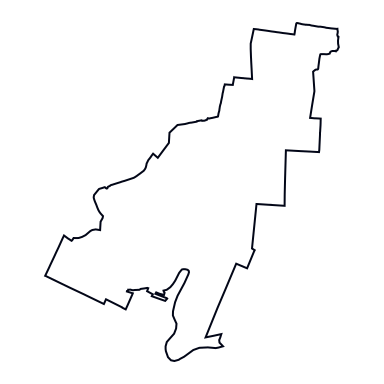 Independenta, Galati, Romania
{"feature_id": "2599482B33711175707299", "entity_name": "Independenta", "entity_type": "district", "adm_level": 2, "iso_a3": "ROU", "parent_name": "Romania", "parent_adm1": "Galati", "projection": "orthographic", "projection_center": [27.763, 45.478], "detail": "fine", "context": "isolated", "style": "outline", "palette": "ink", "viewbox_px": 384, "rotation_deg": 0, "n_neighbors": 0, "source": "geoboundaries", "source_scale": "gbopen_adm2", "svg_char_len": 5279}
<svg xmlns="http://www.w3.org/2000/svg" viewBox="0 0 384 384"><path d="M337.4,28.8L336.7,28.9L335.7,28.8L331.3,28.4L328.3,28.0L326.4,27.8L325.6,27.6L325.0,27.4L323.3,27.1L320.5,26.7L318.5,26.7L314.0,25.9L313.5,25.8L311.4,25.5L310.4,25.2L309.4,24.9L308.5,24.9L306.2,24.7L305.9,24.8L305.7,24.7L303.3,24.4L301.1,24.0L301.0,23.9L300.4,23.7L298.8,23.4L298.3,23.2L298.2,23.2L297.0,23.0L296.7,23.1L296.3,23.5L295.6,27.2L295.0,30.6L294.6,33.5L294.4,34.5L294.2,34.5L292.2,34.2L290.3,34.0L289.2,33.8L287.0,33.5L286.2,33.4L282.7,33.0L281.5,32.8L278.8,32.4L277.0,32.2L275.1,31.9L272.9,31.6L272.0,31.5L270.6,31.3L268.8,31.0L265.4,30.5L259.3,29.7L258.6,29.5L256.0,29.2L253.8,29.0L251.6,39.4L250.7,43.6L250.7,49.0L251.0,57.4L251.1,59.2L251.2,61.6L251.6,69.0L252.1,79.0L251.5,78.9L248.4,78.6L247.8,78.6L247.3,78.5L247.1,78.5L246.8,78.5L246.5,78.5L246.0,78.4L245.7,78.4L244.3,78.3L243.8,78.2L241.1,78.0L239.4,77.8L236.3,77.5L235.3,77.4L234.4,77.4L234.2,77.3L233.0,83.7L232.8,84.9L228.8,84.7L224.8,84.4L224.6,85.8L224.1,86.4L222.9,92.5L222.7,93.0L222.1,96.9L221.3,100.5L220.9,102.7L220.7,103.6L220.4,104.3L219.9,106.4L219.8,106.8L219.7,107.7L219.5,108.9L219.3,110.6L219.2,111.0L218.8,112.4L218.5,113.5L218.4,114.3L218.0,116.5L217.7,116.7L217.2,116.8L216.5,116.9L212.3,117.9L211.1,118.1L209.2,118.5L208.6,118.4L208.3,118.3L207.8,118.2L207.4,118.8L207.3,119.1L207.3,119.3L207.2,119.5L206.9,119.8L206.7,119.8L206.4,119.8L206.2,120.0L205.9,120.2L205.7,120.2L205.4,120.3L204.6,120.7L203.8,120.7L202.8,120.8L202.3,120.8L202.0,120.8L201.8,120.4L201.7,120.3L196.9,121.2L196.8,121.6L196.0,121.8L191.0,122.7L190.5,122.7L189.2,122.9L188.8,123.0L187.1,123.5L186.2,123.7L185.1,124.0L177.5,125.0L169.5,132.7L168.9,142.9L163.2,150.5L157.8,157.8L153.1,153.7L152.2,154.9L151.5,155.8L151.1,156.5L149.3,158.9L149.1,159.1L148.5,159.8L148.1,160.6L147.6,161.5L147.1,162.7L146.7,163.3L146.5,164.2L146.4,165.0L146.2,165.8L146.0,166.6L145.8,167.4L145.6,167.8L145.4,168.3L144.9,169.2L144.3,170.0L144.0,170.4L143.7,170.8L143.3,171.1L141.7,172.3L140.0,173.6L138.3,174.8L136.7,176.0L135.0,177.1L134.3,177.5L134.0,177.7L133.2,178.0L131.4,178.6L129.6,179.2L127.8,179.8L126.0,180.4L124.5,180.9L123.8,181.1L123.7,181.1L123.2,181.2L122.8,181.4L121.9,181.6L120.6,182.1L120.3,182.2L118.7,182.7L117.1,183.2L115.5,183.7L114.6,184.0L113.9,184.2L113.0,184.5L112.5,184.7L111.5,184.9L111.0,185.1L110.4,185.4L110.2,185.6L109.9,185.9L109.7,186.1L109.0,186.3L108.6,186.5L108.3,186.6L108.0,186.8L107.8,187.1L107.7,187.3L107.6,187.8L107.4,188.1L107.3,188.3L107.1,188.4L106.9,188.5L106.5,188.5L106.2,188.3L105.8,188.1L105.6,187.8L105.5,187.7L105.4,187.7L105.2,187.5L104.9,187.3L104.8,187.2L104.5,187.2L103.5,187.6L102.6,187.9L100.2,188.6L99.2,188.9L98.8,189.2L94.1,195.0L93.7,197.2L93.8,198.1L94.2,199.5L94.9,201.5L96.3,204.8L97.3,207.5L98.3,209.9L99.3,211.7L100.6,213.5L103.0,216.1L102.6,218.1L100.6,221.7L100.1,230.1L95.7,229.4L92.3,230.0L90.4,231.0L85.6,235.1L82.1,236.9L78.7,238.0L75.9,238.1L73.6,238.0L72.1,240.4L71.5,240.8L69.3,239.3L68.0,238.5L64.0,235.5L63.5,236.6L62.9,237.8L60.8,242.4L59.9,244.4L58.5,247.5L58.4,247.7L56.2,252.3L54.1,256.9L54.0,257.1L49.6,266.4L49.6,266.5L45.2,275.8L45.5,275.9L68.8,287.2L82.6,293.7L84.1,294.4L86.3,295.5L103.9,304.0L106.0,299.3L122.2,307.4L122.3,307.7L125.7,309.4L127.7,305.0L132.1,295.0L132.8,293.3L126.9,291.5L127.0,291.0L127.8,290.8L128.2,289.7L128.7,289.8L130.2,289.6L132.5,290.2L133.4,290.2L134.7,290.0L139.3,289.8L140.8,288.9L144.5,288.4L147.3,287.9L148.2,288.2L147.1,291.2L152.8,294.3L151.8,296.2L159.1,298.8L165.2,300.9L167.2,298.6L166.8,298.2L155.4,293.8L156.2,292.4L159.6,293.8L164.0,294.9L164.6,292.8L163.8,291.7L163.5,290.6L166.7,289.8L170.3,287.2L173.0,284.0L175.2,280.7L179.2,272.8L181.2,270.3L181.9,269.5L183.2,269.2L185.0,269.2L186.1,269.4L187.6,269.8L188.7,270.8L189.0,272.2L188.3,274.5L184.4,283.1L177.6,295.7L175.1,302.2L173.0,311.3L172.9,315.5L174.5,319.3L176.5,323.7L176.1,328.5L174.1,333.7L169.3,339.1L166.8,342.0L165.6,346.3L165.6,349.1L165.9,351.2L168.0,357.2L171.0,360.3L174.4,361.0L178.7,359.8L180.0,358.9L184.0,356.8L193.3,350.0L199.4,347.8L207.8,347.4L213.6,347.9L215.6,348.1L218.4,347.6L223.0,346.3L222.1,345.3L219.5,342.6L219.2,340.0L219.5,339.4L220.4,337.1L221.0,335.0L221.3,334.1L213.5,335.8L205.6,337.4L217.6,307.7L225.1,290.1L236.2,263.7L247.1,268.3L254.1,251.3L254.7,250.2L252.0,248.5L256.5,204.0L284.6,205.8L284.7,194.7L284.9,186.0L285.1,177.8L285.9,150.3L300.0,151.1L310.3,151.6L319.0,152.1L319.3,149.8L319.5,145.3L320.0,134.7L320.0,132.5L320.1,132.2L320.5,125.7L320.6,122.9L320.6,122.6L320.7,118.6L315.3,118.3L314.4,118.3L312.4,118.1L310.1,117.9L312.2,104.7L314.2,92.6L314.4,91.4L314.4,90.7L313.1,71.7L313.8,71.0L314.4,70.6L315.1,70.0L316.1,69.5L316.6,69.5L317.5,69.5L317.9,69.3L318.0,69.0L318.2,68.7L318.5,65.8L318.8,63.6L319.4,58.7L319.7,57.2L320.3,54.4L320.9,54.1L323.4,54.1L326.6,54.3L328.0,54.1L329.7,53.6L330.2,52.2L330.5,51.8L331.2,51.4L331.8,51.2L332.3,51.0L332.7,51.0L333.2,51.0L334.4,51.0L335.9,51.3L336.1,50.6L336.8,50.5L337.2,50.3L337.4,50.0L337.7,49.7L337.8,49.1L338.2,48.3L338.3,48.0L338.5,47.8L338.8,47.1L338.6,46.5L338.4,45.2L338.1,43.9L338.0,40.7L338.2,39.0L338.5,36.9L338.5,36.7L338.4,36.6L338.2,36.5L337.8,36.5L337.3,35.0L337.3,34.3L337.6,33.3L337.7,32.5L337.8,31.7L337.4,29.2L337.4,28.8Z" fill="none" stroke="#020617" stroke-width="2"/></svg>